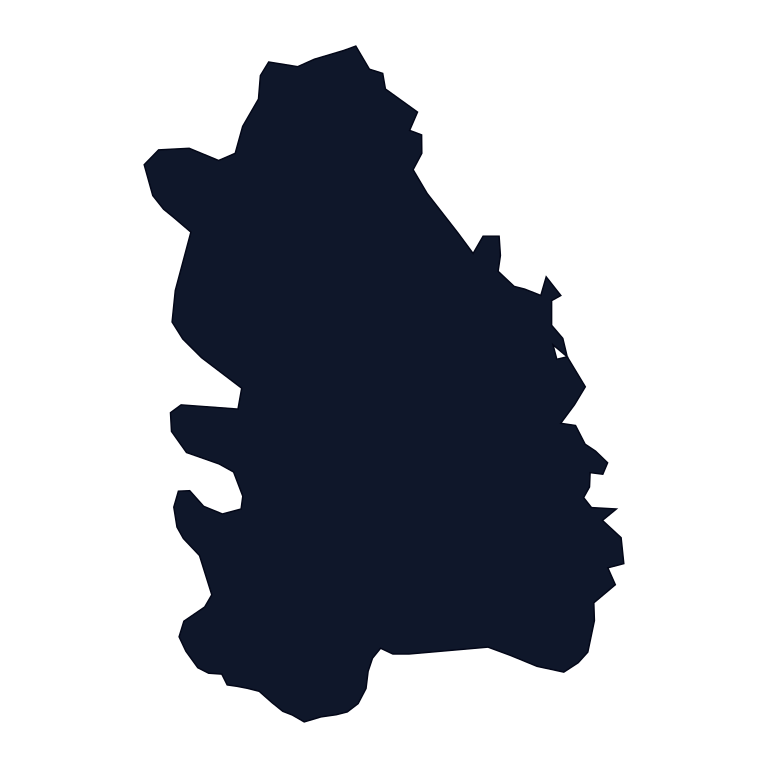 Faxinalzinho, Rio Grande do Sul, Brazil (Equal Earth projection)
{"feature_id": "56859067B37112231790828", "entity_name": "Faxinalzinho", "entity_type": "district", "adm_level": 2, "iso_a3": "BRA", "parent_name": "Brazil", "parent_adm1": "Rio Grande do Sul", "projection": "equal_earth", "projection_center": [-52.674, -27.37], "detail": "fine", "context": "isolated", "style": "filled", "palette": "ink", "viewbox_px": 768, "rotation_deg": 0, "n_neighbors": 0, "source": "geoboundaries", "source_scale": "gbopen_adm2", "svg_char_len": 1563}
<svg xmlns="http://www.w3.org/2000/svg" viewBox="0 0 768 768"><path d="M563.8,672.1L578.2,662.7L587.8,652.1L594.4,620.6L593.8,602.8L615.3,584.7L607.8,567.8L623.8,563.6L621.1,537.7L602.4,520.4L616.3,509.0L591.5,507.6L583.6,497.6L589.5,487.0L590.1,472.6L602.8,474.2L607.6,462.8L595.5,451.1L585.1,444.2L575.5,425.5L560.7,423.3L574.5,404.7L585.3,386.8L567.2,356.8L562.8,338.4L551.6,325.3L551.6,300.6L560.8,295.5L546.2,276.9L540.8,295.5L524.7,289.1L514.1,286.4L498.1,271.3L500.4,255.5L499.1,236.2L483.1,236.2L473.1,253.5L458.1,233.2L427.1,193.4L413.1,169.7L421.8,153.3L421.6,134.9L409.6,130.4L417.5,112.1L385.4,89.0L382.7,73.4L369.4,69.2L355.8,46.1L343.7,50.5L314.4,59.2L297.7,66.7L268.7,62.0L260.4,75.6L258.5,99.0L242.7,126.3L235.2,153.3L218.6,160.5L189.2,148.3L158.6,149.9L144.2,164.7L152.8,195.6L163.6,209.2L173.2,217.0L190.9,232.1L175.3,290.5L172.1,322.0L182.8,339.0L201.5,357.6L241.7,388.2L238.0,409.1L181.1,404.9L170.5,412.7L171.5,431.4L186.5,452.5L219.0,463.9L233.6,472.0L242.8,496.2L241.1,509.0L222.4,514.0L203.6,506.3L189.7,490.7L178.4,491.2L173.8,507.1L177.0,527.1L183.4,538.5L199.5,555.5L211.8,594.8L204.7,607.0L183.9,621.2L179.1,636.8L185.9,651.2L197.8,667.7L208.6,673.2L221.8,674.1L227.2,684.9L237.0,686.3L247.4,688.3L259.2,691.3L272.1,702.7L282.8,711.3L292.3,715.0L304.2,721.9L320.9,716.9L336.3,714.7L347.3,711.9L358.1,703.6L366.0,688.5L368.1,671.3L372.5,658.2L380.6,648.2L392.9,654.0L408.9,654.0L488.0,647.1L510.5,655.4L537.0,666.3L563.8,672.1ZM567.2,356.8L556.8,359.3L553.0,344.8L567.2,356.8Z" fill="#0f172a" stroke="#020617" stroke-width="1.5"/></svg>